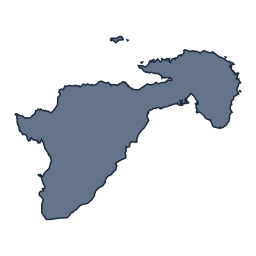 Banggai, Sulawesi Tengah, Indonesia (Natural Earth projection)
{"feature_id": "22746128B48169474795911", "entity_name": "Banggai", "entity_type": "district", "adm_level": 2, "iso_a3": "IDN", "parent_name": "Indonesia", "parent_adm1": "Sulawesi Tengah", "projection": "natural_earth1", "projection_center": [122.763, -1.049], "detail": "fine", "context": "isolated", "style": "filled", "palette": "slate", "viewbox_px": 256, "rotation_deg": 0, "n_neighbors": 0, "source": "geoboundaries", "source_scale": "gbopen_adm2", "svg_char_len": 5755}
<svg xmlns="http://www.w3.org/2000/svg" viewBox="0 0 256 256"><path d="M46.2,219.4L50.1,219.5L59.0,218.1L67.0,217.7L68.3,216.8L71.3,212.6L72.7,212.5L74.7,210.3L76.2,209.8L79.7,205.9L82.4,204.4L87.4,203.4L92.0,199.5L94.6,195.1L94.3,193.7L95.3,192.7L95.6,191.1L98.2,188.4L103.2,185.2L103.0,184.7L103.1,185.1L105.4,182.2L105.4,180.0L106.1,178.3L108.1,176.1L111.2,174.6L112.8,172.6L112.6,172.2L113.0,172.5L114.2,170.9L115.4,170.3L116.8,166.1L116.4,164.5L115.6,164.0L115.4,163.3L120.8,160.0L125.6,158.0L125.9,155.6L125.0,153.2L126.1,151.0L126.1,148.9L125.4,150.2L126.0,148.6L125.8,146.7L127.0,147.5L129.6,146.5L130.0,143.2L130.6,142.2L133.6,141.7L136.0,142.3L137.0,141.7L136.8,138.5L138.8,134.0L141.8,130.0L144.2,127.9L148.6,120.6L147.0,115.9L148.7,112.4L148.6,111.9L147.6,112.9L147.8,111.8L148.3,111.8L150.1,109.8L151.6,109.8L153.1,108.5L156.1,108.3L157.0,107.6L158.8,107.5L160.1,108.7L160.8,108.7L160.8,108.3L161.3,108.7L163.6,107.2L166.8,106.7L174.2,104.0L176.9,103.8L177.5,102.9L177.8,104.1L180.2,105.4L182.5,105.2L182.1,104.2L180.7,103.4L181.1,103.0L180.4,101.8L180.9,101.5L180.5,100.9L181.3,101.2L182.7,99.4L182.0,100.4L181.9,103.0L182.5,103.5L182.7,102.6L182.6,103.6L183.1,103.9L185.0,103.4L185.3,101.5L185.9,101.0L186.7,101.7L187.0,101.1L186.6,100.2L185.9,100.7L185.1,100.2L185.1,99.3L186.4,98.5L186.2,98.1L187.5,97.9L187.8,96.6L189.3,95.6L190.7,93.5L194.6,96.7L195.6,99.1L197.7,101.4L197.1,102.1L197.3,103.4L198.0,102.9L197.9,104.1L197.0,104.1L196.7,103.2L195.4,103.8L196.4,105.7L196.1,108.1L197.4,109.9L196.4,111.1L196.6,112.5L197.3,112.8L198.7,112.0L200.2,112.4L203.7,115.3L205.7,118.5L210.0,120.0L209.7,120.3L211.0,121.4L212.6,125.9L213.7,126.9L219.7,128.2L220.1,127.6L220.1,128.2L222.8,127.5L226.0,125.3L229.0,121.1L229.6,117.8L229.3,116.2L229.9,114.7L230.8,113.1L232.1,112.4L230.2,108.9L230.5,105.8L230.9,105.0L231.7,104.8L231.3,102.3L232.3,100.0L233.2,99.8L233.9,96.7L237.3,94.7L237.4,93.9L238.6,93.9L238.2,93.1L238.6,92.3L236.9,90.8L237.2,87.7L238.2,86.3L238.9,83.0L240.5,82.8L238.6,79.6L238.7,78.9L237.0,79.4L236.2,78.8L237.4,77.0L237.8,74.4L238.6,73.3L237.4,72.9L235.9,74.6L235.4,74.5L234.9,73.9L235.3,73.9L235.1,73.1L233.1,71.5L232.7,70.6L231.9,71.1L232.7,70.6L231.9,70.4L231.1,68.3L230.7,68.6L231.5,67.8L231.4,66.7L230.7,67.5L230.5,66.7L229.8,66.8L229.8,66.4L230.3,66.6L230.1,65.4L234.0,64.2L231.7,62.3L230.3,62.9L229.6,62.3L229.6,61.5L229.1,61.9L226.0,60.5L225.4,59.5L221.0,57.2L219.7,57.2L213.3,52.3L213.3,53.6L213.2,52.2L209.4,52.7L203.8,50.6L200.4,52.9L200.4,54.0L200.4,52.8L196.8,51.5L194.3,51.1L194.2,52.4L194.2,51.2L192.4,50.7L189.2,51.8L188.9,50.9L184.6,49.8L183.7,50.5L184.1,52.0L183.5,53.5L183.9,54.0L183.5,53.5L182.6,54.7L181.4,54.9L181.1,56.4L181.0,55.3L180.3,54.9L178.4,55.7L177.6,57.4L175.8,58.2L175.2,59.3L174.8,58.2L174.2,58.8L172.3,58.6L171.4,60.8L170.6,60.9L170.8,62.6L170.1,62.6L170.0,61.6L169.3,61.6L169.2,59.8L168.3,59.9L170.3,58.4L168.4,58.9L166.7,58.5L165.6,59.8L162.0,59.2L162.3,59.9L161.9,61.0L160.2,61.7L157.6,59.0L157.1,60.4L157.2,59.7L156.1,60.2L155.4,61.9L154.7,62.2L153.6,62.1L153.4,61.4L152.6,61.0L151.4,61.7L152.0,60.3L149.9,61.0L149.1,62.1L148.9,63.8L146.2,66.7L144.5,66.7L142.9,65.8L138.4,65.6L139.3,67.8L141.5,68.2L144.1,71.3L146.3,72.4L146.6,71.9L149.4,73.0L151.5,72.2L153.4,73.2L155.6,73.1L155.8,73.7L158.5,73.4L158.8,74.3L161.0,75.2L161.9,77.9L162.1,77.2L162.4,77.8L163.5,77.1L163.9,77.9L167.8,77.5L168.7,78.3L169.8,77.4L170.0,78.2L171.4,78.6L171.9,79.9L171.4,79.9L171.3,80.4L167.8,80.0L166.8,81.7L166.2,81.2L165.2,82.3L161.4,82.7L158.7,83.8L157.6,83.9L156.8,82.6L155.9,82.4L154.1,84.0L151.9,84.7L149.0,84.7L147.5,83.9L138.8,89.8L132.9,89.4L132.1,88.3L130.2,87.8L127.9,86.2L128.7,86.0L125.7,82.9L125.4,83.3L124.6,82.8L126.1,82.3L123.7,82.2L123.0,81.6L120.8,83.5L119.5,83.6L118.2,85.1L112.6,84.5L111.1,84.8L110.5,85.5L110.0,84.1L108.4,82.4L107.0,83.0L105.6,82.9L101.3,81.1L98.4,82.2L97.1,83.9L95.0,85.1L91.4,84.7L90.7,85.3L87.5,83.9L85.3,85.1L83.4,84.1L80.6,86.6L79.5,86.8L79.0,85.9L77.8,86.2L76.8,85.5L74.1,85.5L72.7,86.1L69.1,85.4L66.8,86.5L65.2,85.8L63.3,89.7L61.7,89.0L59.4,90.0L58.9,92.6L60.4,93.9L59.8,95.3L57.8,97.4L57.6,104.6L53.9,110.2L51.8,112.2L50.3,112.7L48.0,111.0L46.2,111.3L45.4,110.4L44.5,110.9L43.2,110.2L42.5,110.5L40.6,109.0L39.1,109.8L38.0,109.2L36.6,110.9L35.7,110.7L35.0,113.3L34.1,114.5L32.2,115.6L31.3,117.2L29.3,118.2L26.6,117.7L24.8,118.2L22.6,115.9L20.4,115.8L18.3,114.7L17.3,115.0L16.7,117.4L17.3,119.8L17.0,122.0L17.7,123.2L17.6,124.5L18.9,126.4L19.0,128.8L19.5,128.9L19.4,130.1L20.3,131.7L21.4,131.6L22.1,133.6L23.1,134.6L24.6,134.3L26.1,135.2L27.0,136.7L27.2,138.7L28.6,140.9L30.0,140.6L30.7,139.0L30.2,138.3L31.2,137.8L31.2,138.5L32.7,139.1L33.2,139.9L35.7,139.9L36.9,141.0L37.8,140.7L37.7,141.5L38.3,141.5L38.2,143.0L40.0,142.7L41.6,139.4L43.3,142.6L44.9,148.4L48.8,154.0L48.3,154.2L48.6,155.2L50.2,156.5L51.4,160.2L49.1,168.4L44.0,173.6L42.8,176.5L42.0,176.5L40.6,174.6L38.4,174.6L38.4,175.2L41.3,177.1L43.1,183.3L44.9,186.4L44.7,188.2L42.4,188.7L43.4,191.1L40.6,191.3L39.1,193.1L39.4,195.3L41.1,196.5L43.3,199.5L41.8,204.2L41.8,212.7L46.2,219.4ZM121.6,36.5L118.8,36.8L116.7,38.3L111.2,38.2L110.4,39.9L111.3,40.7L112.3,39.9L115.9,42.7L118.8,40.1L123.2,39.8L123.3,39.2L121.6,36.5ZM16.3,115.0L16.7,113.8L15.4,113.9L15.5,114.9L16.3,115.0ZM141.6,63.1L142.4,62.5L142.6,62.0L141.0,62.4L141.6,63.1ZM187.0,103.4L185.3,103.2L185.3,103.5L187.0,103.4ZM225.4,57.7L226.0,57.2L225.1,57.0L225.4,57.7ZM127.6,40.8L128.1,40.3L127.1,40.0L127.6,40.8ZM162.1,59.1L162.0,58.0L161.8,59.1L162.1,59.1ZM240.6,91.7L240.4,90.9L239.8,90.7L240.0,91.5L240.6,91.7ZM154.1,60.2L153.8,59.5L153.1,60.2L153.5,60.3L154.1,60.2ZM188.6,102.6L188.3,102.3L188.4,102.8L187.1,103.0L188.1,103.2L188.6,102.6ZM186.4,102.8L186.9,102.7L186.1,102.1L186.4,102.8Z" fill="#64748b" stroke="#1e293b" stroke-width="1.5"/></svg>